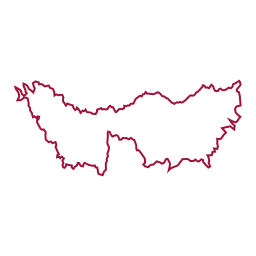 the district of Sertão, Rio Grande do Sul, Brazil
{"feature_id": "56859067B36736749434356", "entity_name": "Sertão", "entity_type": "district", "adm_level": 2, "iso_a3": "BRA", "parent_name": "Brazil", "parent_adm1": "Rio Grande do Sul", "projection": "equal_earth", "projection_center": [-52.342, -28.013], "detail": "fine", "context": "isolated", "style": "outline", "palette": "rose", "viewbox_px": 256, "rotation_deg": 0, "n_neighbors": 0, "source": "geoboundaries", "source_scale": "gbopen_adm2", "svg_char_len": 3961}
<svg xmlns="http://www.w3.org/2000/svg" viewBox="0 0 256 256"><path d="M239.2,80.9L237.7,81.8L235.6,83.2L233.2,84.2L232.3,87.0L230.7,88.3L228.7,87.6L226.7,89.1L224.7,90.1L222.4,90.2L220.6,88.6L218.9,89.3L217.9,91.2L215.1,90.8L214.0,89.1L213.2,86.4L211.4,84.8L210.4,86.3L209.0,88.2L207.6,87.5L205.5,87.6L204.4,85.7L202.8,85.3L202.2,87.0L201.0,88.4L199.2,90.3L197.7,91.8L196.3,92.4L195.2,94.0L194.1,95.2L192.4,95.7L190.9,95.3L189.3,96.3L187.8,97.8L186.1,99.6L184.3,101.1L182.9,102.1L181.5,102.6L179.8,101.9L178.5,102.6L176.8,102.3L174.2,103.9L172.9,103.0L171.6,102.5L167.8,98.6L166.0,97.9L164.3,96.5L162.2,96.1L160.1,93.6L157.9,92.2L153.6,94.2L149.4,93.7L146.9,93.5L145.6,92.1L144.5,94.0L142.9,94.3L141.7,96.4L140.3,95.7L139.1,96.4L137.2,97.8L135.4,99.2L134.7,101.0L133.4,103.6L130.7,103.8L129.4,105.6L127.5,105.5L126.0,106.3L124.2,105.8L124.1,108.3L122.5,109.2L120.6,108.9L119.1,109.1L117.1,111.4L115.8,112.2L114.5,110.2L113.0,107.2L111.6,107.2L110.2,105.8L108.8,106.8L107.5,109.1L105.6,109.4L103.7,109.1L102.1,109.4L101.2,108.2L97.1,109.7L97.0,111.8L95.6,114.0L92.7,113.8L90.8,112.6L88.9,112.3L86.9,112.1L85.5,109.6L84.1,111.2L82.5,110.7L80.6,112.9L78.5,109.0L77.0,107.6L76.6,109.2L75.1,110.0L73.4,107.6L72.8,105.4L70.7,104.8L68.9,104.3L67.4,103.5L65.9,105.6L64.6,103.4L63.3,101.8L62.9,99.6L63.4,97.5L62.3,94.8L60.4,94.9L58.3,95.2L56.1,94.4L54.5,95.5L54.2,91.9L53.2,89.3L51.7,88.4L50.1,88.0L48.7,85.5L46.1,86.1L44.5,86.4L43.2,85.0L41.6,84.1L39.1,84.4L38.6,82.3L35.3,81.5L33.0,83.2L33.7,86.2L34.8,88.4L33.3,92.5L31.3,90.6L29.0,89.0L27.4,85.9L24.9,84.2L23.6,83.6L23.6,86.1L25.2,89.3L25.7,91.9L26.7,93.3L25.2,95.0L23.6,95.6L21.8,93.8L20.7,90.4L17.4,88.2L15.4,87.2L15.9,88.9L17.0,90.5L18.2,92.1L19.1,95.0L19.0,97.1L17.4,100.3L19.3,100.2L20.8,100.1L22.3,99.2L24.1,97.4L25.9,97.7L27.7,98.5L28.2,101.0L28.7,103.3L28.5,105.6L30.0,108.0L30.2,110.5L31.7,112.7L33.0,117.2L34.4,116.3L36.6,118.2L37.4,116.5L39.1,116.7L38.5,119.3L37.2,120.0L37.0,122.1L39.2,126.3L40.2,128.2L41.7,129.6L43.8,129.5L45.7,132.1L45.4,135.2L45.5,137.3L45.8,139.6L48.6,142.1L51.0,141.5L52.5,143.2L55.5,142.1L56.4,145.2L55.5,146.7L56.4,148.9L57.1,150.6L57.8,152.3L58.9,154.1L57.4,155.0L57.1,157.3L59.1,156.8L60.2,158.2L61.6,156.6L63.9,158.4L62.4,160.7L63.4,163.2L62.5,165.0L63.2,167.3L64.7,167.8L65.8,166.2L66.2,164.3L69.6,165.2L71.8,165.4L71.8,167.4L73.4,168.9L74.8,166.9L77.0,165.3L77.8,162.9L79.2,163.1L79.9,164.7L81.1,166.1L83.0,166.3L83.5,164.2L84.6,162.8L86.5,163.8L89.1,165.0L92.8,165.8L94.9,165.5L95.5,167.3L97.2,167.6L97.8,170.3L98.0,172.3L98.7,174.0L102.7,175.1L103.7,172.1L105.9,169.6L105.8,163.2L106.9,161.3L106.7,158.5L108.0,156.3L107.5,154.5L107.6,152.7L108.7,150.0L108.9,146.8L107.6,144.3L107.3,142.5L107.9,135.7L107.6,133.8L108.1,131.6L109.9,132.2L110.6,134.2L112.4,136.6L115.8,135.1L117.7,135.7L118.7,137.5L119.4,139.7L121.3,139.6L122.9,137.9L124.5,138.2L126.2,138.0L128.8,139.3L130.9,137.9L132.6,139.3L134.3,140.0L135.4,142.8L136.2,145.3L136.3,148.4L136.8,150.3L138.3,150.0L139.8,151.4L144.6,158.2L145.1,160.5L145.0,162.8L143.3,164.5L145.2,166.4L148.4,167.2L149.3,165.9L151.0,164.8L153.5,164.5L156.7,161.4L159.8,162.3L162.1,163.7L164.3,162.5L165.8,159.3L167.5,158.8L169.6,162.5L170.0,164.3L169.6,166.9L168.8,170.2L170.6,168.4L177.9,165.3L180.7,161.5L182.5,159.2L186.1,159.0L188.3,159.2L190.4,161.0L193.8,160.9L195.4,159.6L197.7,161.4L199.1,161.3L201.4,159.3L203.0,160.0L203.3,162.2L204.6,163.4L205.7,164.9L208.4,167.5L210.2,166.4L208.6,162.9L209.2,161.2L208.7,157.8L207.5,155.3L211.8,155.2L212.5,152.0L215.0,151.7L214.1,148.5L217.2,148.9L217.9,146.5L217.2,143.3L217.4,141.2L217.2,138.8L218.9,139.0L220.9,138.8L223.7,134.8L226.0,132.6L224.0,130.3L222.0,128.2L226.0,127.2L230.2,126.3L234.2,129.5L234.7,125.7L232.0,123.4L229.6,119.9L233.0,121.5L235.7,122.3L237.3,121.2L238.6,118.9L240.4,116.9L236.6,113.7L235.6,112.2L235.0,109.2L236.4,106.5L240.6,105.5L239.8,96.0L238.9,92.2L236.9,91.3L236.7,89.6L240.6,84.8L240.1,82.4L239.2,80.9Z" fill="none" stroke="#9f1239" stroke-width="2"/></svg>